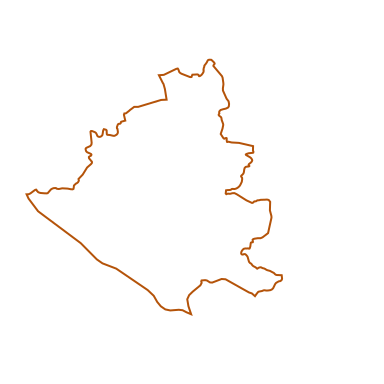 the border of Nitriansky, rotated 40°
{"feature_id": "SVK-1054", "entity_name": "Nitriansky", "entity_type": "Region", "adm_level": 1, "iso_a3": "SVK", "parent_name": "Slovakia", "parent_adm1": "", "projection": "natural_earth1", "projection_center": [18.337, 48.233], "detail": "fine", "context": "isolated", "style": "outline", "palette": "amber", "viewbox_px": 384, "rotation_deg": 40, "n_neighbors": 0, "source": "natural_earth", "source_scale": "10m", "svg_char_len": 5496}
<svg xmlns="http://www.w3.org/2000/svg" viewBox="0 0 384 384"><g transform="rotate(40 192 192)"><path d="M307.2,231.3L303.0,231.2L300.3,232.3L291.4,234.0L273.8,237.3L270.6,239.6L265.7,248.4L263.9,249.7L260.3,250.2L258.7,251.1L256.2,253.6L256.5,254.5L257.8,255.4L258.4,258.1L256.6,267.9L256.1,272.8L257.3,277.2L262.7,281.8L269.9,286.2L269.6,286.3L265.0,287.7L260.8,288.6L257.6,290.7L251.5,296.7L247.0,299.1L241.6,299.6L236.1,298.6L229.4,296.1L221.1,295.6L183.2,299.4L169.3,304.2L162.4,304.8L139.6,302.7L97.2,305.1L86.5,305.7L71.0,302.1L66.8,300.1L68.3,298.7L69.1,297.0L70.4,291.5L70.8,290.7L71.2,290.3L71.6,290.4L72.4,290.8L72.8,290.8L73.2,290.8L73.6,290.9L74.0,291.0L75.0,290.8L76.6,290.1L80.0,287.7L81.4,286.6L82.2,285.7L82.3,280.6L82.9,279.0L83.6,277.9L84.6,277.0L85.2,276.5L85.6,276.4L86.0,276.5L86.7,276.2L88.1,275.3L90.2,272.6L94.6,269.3L97.7,267.6L98.9,266.6L99.2,265.8L98.6,264.7L97.4,262.9L97.7,260.1L98.1,259.3L98.3,258.5L98.4,257.7L98.2,256.7L98.0,256.0L96.7,255.0L97.1,248.9L95.9,240.7L96.7,235.6L96.7,234.3L96.2,233.4L95.7,233.1L95.3,233.0L94.6,233.0L94.3,232.9L93.5,232.7L92.2,232.5L91.6,232.4L90.8,231.8L90.5,231.4L90.6,230.8L91.3,228.9L91.0,228.1L90.4,227.8L89.3,228.0L86.3,228.9L85.3,228.9L84.5,228.7L83.2,227.8L82.7,227.2L82.6,226.5L82.9,225.6L84.5,222.3L84.5,220.4L83.5,218.8L75.5,211.1L75.4,210.3L76.1,209.6L79.1,208.6L80.1,208.5L80.8,208.6L82.0,209.1L83.3,209.8L83.8,209.9L84.3,209.9L84.9,209.7L85.4,209.5L85.9,209.1L86.2,208.7L86.7,207.6L86.8,206.2L86.2,204.9L84.6,202.3L84.2,201.2L84.1,200.5L85.4,199.9L86.1,199.6L86.5,199.6L87.0,199.7L89.5,202.4L89.9,202.6L90.4,202.6L92.5,201.1L95.5,199.6L96.3,199.0L96.8,198.2L97.4,196.5L97.4,195.2L97.1,194.3L96.5,193.5L94.7,191.9L94.2,191.5L93.7,191.5L93.2,191.1L92.7,190.4L92.0,188.5L91.8,187.7L92.0,187.0L92.5,186.5L93.1,185.7L93.1,185.0L92.7,184.3L92.6,183.8L93.0,183.1L93.7,182.1L95.0,180.2L90.2,176.6L90.0,176.1L89.7,175.3L90.2,174.9L90.6,174.5L90.9,173.9L91.7,170.0L91.8,169.0L92.0,168.1L92.2,167.4L93.0,163.9L96.1,161.3L109.2,141.3L113.2,137.6L105.0,130.5L100.9,127.7L100.3,127.4L99.7,127.3L91.6,123.8L94.8,120.7L95.2,120.2L100.8,107.8L101.7,106.6L102.2,106.7L102.8,106.9L105.2,108.3L106.3,108.4L107.8,108.2L116.4,105.3L117.3,104.7L117.7,104.2L117.5,103.7L117.3,103.3L116.9,101.9L120.4,98.6L120.9,98.3L121.7,98.1L122.1,98.4L122.9,98.7L123.3,98.4L123.6,97.9L124.0,96.4L124.0,95.3L123.9,94.0L123.6,92.5L123.4,92.2L123.2,92.0L123.0,91.8L122.8,91.6L122.7,91.3L122.6,91.1L122.3,91.0L122.2,90.9L122.0,90.7L121.2,89.2L121.0,88.5L120.9,88.1L120.7,87.9L120.5,87.7L120.3,87.3L120.2,86.7L120.2,85.1L120.1,84.1L120.0,83.1L119.6,81.6L119.5,80.8L119.7,80.2L120.6,79.2L121.9,78.3L125.8,78.6L126.3,78.8L126.9,79.2L126.9,79.7L126.9,80.3L127.1,81.3L127.4,81.7L140.5,84.0L142.0,84.8L146.0,88.4L147.0,89.5L149.0,92.7L150.5,94.4L158.5,98.3L161.7,99.0L163.8,100.7L165.2,102.8L165.3,104.2L164.3,106.4L162.7,108.5L161.2,110.8L161.1,112.3L161.4,113.3L161.9,113.8L162.5,114.3L162.6,115.4L163.0,115.9L163.8,116.1L166.0,116.0L166.8,116.3L167.4,116.8L168.4,117.7L172.0,119.8L172.8,120.5L174.6,123.8L176.7,129.1L181.2,130.5L182.4,130.5L182.5,130.4L182.9,129.5L183.4,128.7L183.8,128.5L184.2,128.7L185.4,130.2L186.6,131.1L187.0,130.9L187.3,130.5L187.4,130.3L187.7,130.0L190.5,128.6L196.4,124.2L209.3,117.6L212.0,121.0L213.3,121.8L213.6,122.5L213.2,123.1L210.5,125.9L209.3,127.8L209.1,128.6L209.6,128.9L214.1,128.1L215.7,128.1L217.2,128.6L217.9,129.2L218.2,130.3L218.2,131.4L218.0,132.5L217.7,134.0L217.8,134.6L218.1,135.0L219.2,135.2L219.3,135.4L219.1,135.9L217.5,137.6L217.0,138.3L216.9,139.8L217.5,141.1L219.0,143.5L219.5,144.8L219.5,146.2L219.3,147.5L219.4,148.3L219.8,148.6L220.4,148.7L221.2,148.9L222.2,149.9L223.6,152.2L224.4,155.3L224.6,157.1L224.4,158.7L224.0,160.1L223.5,161.2L222.8,162.2L222.1,162.8L220.9,163.7L220.6,164.1L220.4,164.7L220.3,165.3L219.9,165.9L219.4,166.4L217.9,167.8L217.0,168.8L218.8,171.5L219.7,171.6L220.3,170.5L220.8,170.0L222.1,169.1L222.5,168.7L223.6,167.1L225.2,165.6L227.5,165.0L239.1,163.4L245.0,161.8L245.5,161.2L245.6,160.6L245.7,159.9L245.8,159.1L246.6,158.4L247.0,157.9L247.2,157.3L247.3,156.7L247.5,156.3L248.6,155.3L249.3,154.3L249.8,153.7L252.4,151.4L254.2,149.7L255.2,149.1L256.0,148.8L258.2,149.3L263.5,156.0L268.3,159.4L269.4,160.6L276.7,174.6L275.2,181.3L274.8,182.2L274.2,183.3L272.0,185.2L269.9,187.6L269.2,188.7L269.1,189.6L270.8,191.1L270.8,191.5L270.5,191.8L269.9,192.3L269.7,193.0L270.1,193.8L271.6,196.1L272.3,197.7L272.4,198.4L272.1,198.8L271.2,199.1L270.4,200.0L269.2,200.9L268.2,202.2L268.0,203.2L268.0,204.6L268.2,205.8L268.6,206.7L269.1,207.4L269.6,207.7L270.1,207.8L270.5,207.7L271.0,207.4L271.4,206.9L271.8,206.1L272.3,205.7L272.9,205.4L273.7,205.4L274.6,205.5L275.6,205.7L276.4,206.0L279.9,208.4L280.8,208.9L281.6,209.0L282.1,209.1L283.1,208.9L283.7,208.9L285.2,209.3L286.1,209.4L287.0,209.3L288.8,208.9L289.6,208.8L290.8,208.9L291.1,208.9L291.3,208.8L291.4,208.5L291.5,208.0L291.7,207.3L292.3,206.3L292.8,205.7L293.4,205.3L294.8,205.0L295.5,204.7L296.2,204.3L297.7,203.9L298.9,203.8L299.9,203.5L302.5,202.3L305.5,201.7L306.2,201.5L306.7,201.4L307.8,201.5L308.4,201.6L309.4,201.5L310.3,201.1L311.2,200.4L314.2,198.1L316.7,200.5L316.9,200.9L317.2,201.5L317.1,201.9L317.1,202.6L317.1,203.0L316.9,203.5L316.0,204.5L315.7,205.2L315.3,206.2L314.8,207.9L314.9,209.2L316.0,213.5L315.9,215.1L315.2,216.7L313.9,218.2L312.8,219.3L312.0,219.9L311.1,220.4L310.4,220.9L309.9,221.6L309.3,222.8L307.2,225.4L306.9,226.2L307.0,229.1L307.2,231.3L307.2,231.3Z" fill="none" stroke="#b45309" stroke-width="2"/></g></svg>